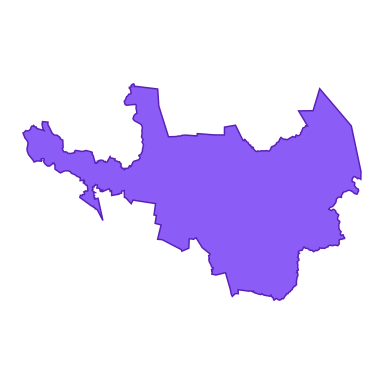 Acaponeta, Nayarit, Mexico
{"feature_id": "50627088B8986621841937", "entity_name": "Acaponeta", "entity_type": "district", "adm_level": 2, "iso_a3": "MEX", "parent_name": "Mexico", "parent_adm1": "Nayarit", "projection": "orthographic", "projection_center": [-105.305, 22.461], "detail": "fine", "context": "isolated", "style": "filled", "palette": "violet", "viewbox_px": 384, "rotation_deg": 0, "n_neighbors": 0, "source": "geoboundaries", "source_scale": "gbopen_adm2", "svg_char_len": 5972}
<svg xmlns="http://www.w3.org/2000/svg" viewBox="0 0 384 384"><path d="M319.7,88.7L313.1,110.7L298.6,110.9L307.6,126.0L305.7,125.7L305.0,127.2L302.9,128.0L301.5,131.7L300.6,132.9L300.7,133.9L300.2,134.6L298.9,135.6L297.4,135.6L296.5,135.0L296.0,135.1L295.4,137.3L292.7,136.5L287.2,139.7L285.0,139.2L284.8,139.5L282.5,138.7L281.0,137.4L279.7,139.2L278.8,141.6L276.5,142.9L276.2,144.2L274.6,145.5L271.5,146.9L271.6,147.5L270.9,148.1L270.6,149.5L269.0,151.1L266.1,150.6L265.0,150.9L261.0,150.8L259.3,151.4L257.8,150.9L256.3,151.6L255.4,151.0L253.6,149.1L253.3,147.5L252.1,147.8L252.2,147.0L251.4,146.9L250.5,146.0L250.7,145.4L249.9,145.3L249.9,144.9L248.7,144.1L248.1,142.5L246.8,141.9L245.2,139.7L244.4,139.4L244.0,140.7L242.9,140.3L235.5,125.2L224.5,127.1L224.4,135.0L214.1,134.9L197.3,133.6L197.0,135.9L185.5,135.1L181.7,135.4L180.6,136.0L177.6,136.1L176.7,136.5L168.5,136.8L158.8,106.0L157.7,89.0L137.1,86.5L134.5,86.5L134.8,86.0L134.3,85.4L133.8,83.9L132.8,84.1L131.1,85.2L130.9,84.9L131.7,86.6L129.3,87.3L129.4,88.4L130.1,88.5L130.9,91.5L131.0,93.4L130.6,93.9L128.8,94.2L127.6,96.1L126.6,96.7L125.6,99.5L124.3,101.2L124.4,102.1L125.2,104.5L126.3,105.2L135.8,104.4L136.3,106.2L136.0,107.9L137.0,113.2L135.3,114.1L133.9,115.8L133.0,118.7L133.5,119.7L134.9,121.0L139.8,123.6L141.4,124.9L142.1,126.5L142.4,128.0L141.9,130.3L142.1,133.9L141.5,136.8L143.2,139.7L142.0,141.8L143.5,144.9L142.4,149.7L142.5,151.4L141.9,152.1L140.8,154.5L139.2,155.1L138.8,155.7L140.2,157.5L140.0,158.4L138.5,159.8L133.8,161.3L132.7,162.6L131.4,165.9L130.5,166.7L130.1,165.7L129.6,165.6L128.0,168.4L125.7,168.3L125.2,169.1L124.3,169.7L123.9,168.3L122.2,168.6L121.7,167.1L120.6,166.6L121.0,165.9L121.1,163.8L119.8,162.6L119.5,161.8L118.4,161.9L117.4,161.2L115.5,160.9L115.0,160.5L115.0,158.8L114.1,159.0L113.3,158.4L110.7,157.9L110.1,156.6L107.0,162.2L105.2,162.2L105.1,161.4L104.0,161.7L103.2,160.5L101.0,160.1L99.6,160.4L99.7,160.7L98.8,160.6L98.5,161.2L97.4,161.2L97.6,162.1L97.3,162.7L96.3,162.6L96.4,163.1L95.3,163.2L93.0,155.1L92.2,154.6L92.2,152.4L91.4,151.9L86.1,150.5L82.3,151.5L75.8,150.4L74.6,151.1L74.7,152.6L70.8,153.5L67.9,153.3L66.6,152.0L63.8,151.8L62.2,148.9L63.1,147.7L62.8,140.1L60.4,138.9L60.0,137.4L57.1,135.2L54.4,135.1L52.3,133.4L47.8,124.3L48.0,122.1L42.5,121.6L42.4,123.5L42.1,123.6L42.3,126.0L43.1,129.2L44.0,130.5L36.8,128.5L36.3,127.0L35.2,127.0L33.6,125.5L33.2,126.3L32.1,126.0L31.8,126.3L31.2,126.9L30.5,129.1L29.0,130.5L27.0,131.1L25.9,130.5L24.0,132.5L23.0,133.0L25.1,138.3L26.5,139.7L27.8,142.1L28.0,143.6L27.0,149.0L27.3,151.4L28.7,154.8L33.2,160.4L34.0,162.0L37.5,160.8L41.2,161.3L41.9,160.4L41.1,159.5L41.2,158.8L43.4,158.5L44.2,159.3L43.7,161.0L44.0,162.4L44.9,163.7L47.3,165.9L49.4,166.1L52.0,164.3L52.8,162.9L54.1,163.1L54.0,164.0L54.9,164.5L55.0,169.2L60.4,172.9L64.5,170.9L68.0,170.8L70.4,171.7L71.3,173.2L74.8,174.6L77.0,176.3L80.3,177.7L80.1,180.7L81.7,180.4L82.9,180.7L83.4,180.1L83.5,180.5L84.1,180.5L83.5,182.4L84.4,182.1L84.1,183.5L85.2,184.0L85.7,184.9L87.3,185.5L87.9,190.7L86.9,191.2L85.8,190.8L83.8,191.9L84.6,193.5L84.3,194.5L82.4,194.6L82.2,195.5L80.4,195.3L79.8,197.4L91.4,205.9L93.3,206.4L93.1,206.9L95.2,208.2L95.1,208.7L97.2,209.6L102.9,220.5L98.0,198.2L94.9,199.1L95.0,198.1L94.3,198.1L94.1,197.0L94.0,196.3L94.5,195.6L94.0,195.2L93.7,192.8L95.1,192.6L93.1,191.3L92.1,190.1L93.0,189.3L92.5,187.0L94.1,187.0L94.3,185.6L95.5,185.3L95.6,184.5L97.3,185.1L97.5,185.8L96.8,188.0L99.6,188.5L100.4,191.4L101.7,191.5L101.4,190.1L102.6,190.0L102.8,191.5L109.2,188.7L110.2,191.4L111.5,190.8L111.7,195.5L118.9,194.2L118.9,193.8L121.6,193.1L121.6,191.2L124.3,190.5L124.4,197.4L125.1,197.4L126.4,198.4L131.2,203.7L133.0,200.1L155.6,203.6L154.0,215.0L156.4,215.4L155.1,223.4L161.1,224.9L157.6,239.3L161.8,239.6L163.0,240.1L181.3,249.6L181.9,251.2L188.8,248.2L189.2,239.1L190.7,238.8L193.6,239.3L196.1,237.8L202.3,247.7L210.0,253.9L209.6,255.1L208.7,255.5L209.3,259.1L208.9,259.1L209.1,261.4L211.2,265.2L211.2,266.0L212.4,267.6L213.2,267.7L212.9,269.5L211.5,269.4L211.7,271.3L212.3,271.5L211.8,274.1L215.9,275.0L225.5,272.7L230.3,289.4L231.3,294.4L232.3,296.4L235.3,293.6L238.3,293.7L238.1,289.7L249.1,291.2L250.8,290.9L253.0,292.0L253.5,292.0L253.2,291.4L253.5,290.4L253.5,291.5L254.3,292.7L260.5,294.6L261.9,293.7L262.2,294.3L264.3,295.2L269.9,296.2L271.1,295.2L271.2,296.3L273.2,297.9L273.6,299.8L274.1,300.1L276.4,298.4L278.2,299.7L279.7,300.1L281.4,299.3L282.0,298.4L282.9,298.8L283.5,298.6L285.3,295.7L286.5,294.5L286.6,293.7L288.1,293.6L289.0,292.0L290.1,291.7L291.0,290.3L292.1,289.6L292.8,288.0L294.5,286.1L295.0,286.1L296.5,284.7L296.4,281.4L297.2,276.9L297.9,275.8L297.7,273.3L296.8,272.6L297.4,272.3L297.3,271.1L296.9,270.7L298.3,270.1L297.7,267.2L297.8,264.5L297.3,263.5L297.7,262.8L297.2,261.9L299.0,260.0L298.6,258.2L297.5,257.2L298.2,256.4L298.2,254.3L299.4,253.2L298.4,252.6L298.6,251.3L300.0,250.5L301.2,250.5L302.4,250.0L303.1,248.2L304.1,247.0L305.4,248.3L307.7,248.4L309.2,249.8L310.6,250.4L311.9,250.2L313.6,251.7L315.6,250.4L316.9,250.7L319.1,249.4L319.8,247.7L321.5,248.4L322.8,248.1L324.7,248.4L326.7,247.1L327.9,247.0L328.3,245.8L330.1,245.3L332.8,245.7L335.2,245.0L337.8,245.7L339.2,244.0L339.1,240.7L339.4,239.7L344.6,238.5L344.6,237.7L343.8,236.7L343.2,234.9L342.0,234.9L341.4,235.4L340.6,234.9L340.4,233.3L341.1,231.7L339.5,230.0L338.9,228.0L338.8,224.2L339.7,222.5L339.6,221.2L337.8,219.8L337.5,218.8L337.9,216.8L338.7,215.3L338.6,214.8L336.1,212.7L335.6,210.9L333.9,209.4L333.1,209.3L331.2,210.6L329.3,209.4L328.8,209.4L328.8,208.9L330.4,207.3L332.5,206.6L334.1,204.9L335.9,202.3L336.5,198.9L338.0,197.5L339.1,197.0L341.4,197.4L341.6,194.8L342.8,193.5L342.8,192.7L343.8,192.0L346.0,191.5L347.8,190.4L350.1,190.4L352.7,191.8L354.3,193.4L356.9,194.2L358.6,190.9L358.4,189.5L358.1,189.0L356.4,188.1L354.5,185.8L354.8,182.8L353.6,182.0L352.3,181.7L352.0,179.9L352.8,177.8L353.9,176.5L356.3,177.4L357.4,178.6L359.9,178.4L360.8,179.2L361.0,171.7L351.3,125.9L319.7,88.7Z" fill="#8b5cf6" stroke="#5b21b6" stroke-width="1.5"/></svg>